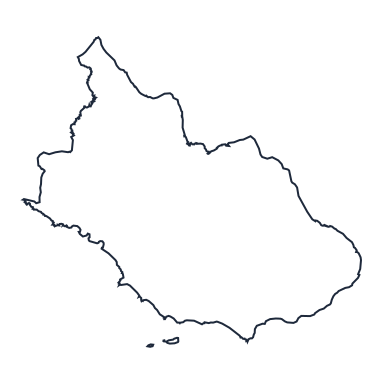 outline of Sumba Timur, Nusa Tenggara Timur, Indonesia
{"feature_id": "22746128B15873256673931", "entity_name": "Sumba Timur", "entity_type": "district", "adm_level": 2, "iso_a3": "IDN", "parent_name": "Indonesia", "parent_adm1": "Nusa Tenggara Timur", "projection": "mercator", "projection_center": [120.165, -9.805], "detail": "fine", "context": "isolated", "style": "outline", "palette": "slate", "viewbox_px": 384, "rotation_deg": 0, "n_neighbors": 0, "source": "geoboundaries", "source_scale": "gbopen_adm2", "svg_char_len": 5849}
<svg xmlns="http://www.w3.org/2000/svg" viewBox="0 0 384 384"><path d="M34.4,201.5L23.3,198.9L23.9,199.1L23.0,199.7L24.7,200.0L24.9,201.2L25.6,201.3L25.9,202.8L25.6,202.8L26.4,203.4L26.0,203.7L26.5,204.4L26.9,203.9L27.4,204.3L28.5,203.1L29.4,203.1L30.0,203.8L29.9,204.8L31.3,206.8L32.9,207.2L32.6,208.8L33.6,208.8L33.8,209.6L36.7,209.6L38.6,211.2L41.0,211.9L41.6,213.0L43.2,213.8L43.3,214.5L43.8,214.4L44.8,215.3L44.9,215.9L46.4,216.1L50.0,218.5L51.3,220.3L52.8,221.1L52.6,221.8L53.7,222.5L52.7,224.2L53.3,224.0L54.5,225.2L53.9,225.5L54.5,226.1L54.8,225.4L55.4,226.0L57.6,225.2L58.8,225.4L58.5,224.9L59.3,225.1L59.7,224.0L61.4,223.8L62.5,224.1L63.1,224.6L62.9,225.2L63.3,224.9L63.6,225.7L65.0,226.3L66.5,225.4L67.0,225.9L66.9,226.9L69.2,227.9L71.4,227.5L71.9,226.5L73.4,225.6L77.3,226.1L79.5,228.0L80.5,229.8L80.0,231.8L78.8,231.9L79.8,233.9L82.9,236.5L86.6,235.5L87.8,233.6L89.5,234.3L89.6,237.3L88.5,238.3L88.8,240.2L89.5,241.1L97.1,243.3L98.5,242.8L98.9,241.8L100.2,241.1L102.4,241.3L103.6,242.9L103.7,244.3L102.9,247.5L101.9,247.7L101.6,248.7L108.5,253.3L115.5,260.1L116.7,262.0L116.9,264.9L119.3,267.0L119.3,268.1L120.7,269.4L121.0,271.0L122.3,272.1L121.9,273.1L122.5,273.2L122.9,274.2L123.5,277.6L120.1,279.5L120.4,280.4L118.7,282.4L119.1,282.5L118.9,283.3L119.5,283.2L119.7,284.0L119.2,285.1L120.1,284.5L120.9,285.0L127.1,284.1L130.0,285.6L137.1,292.6L139.3,295.6L138.8,296.8L139.5,296.4L141.2,298.0L141.2,300.4L140.6,300.8L141.3,300.6L141.5,301.1L142.1,300.5L142.9,301.0L143.4,300.2L146.2,299.8L148.7,301.0L153.4,305.1L154.9,308.0L157.1,310.0L159.8,314.3L164.1,317.1L163.8,317.8L164.7,318.1L164.4,319.1L165.0,319.1L166.3,316.7L168.6,315.9L170.4,316.5L173.7,318.5L177.2,322.6L179.2,322.6L179.8,323.2L180.1,322.7L183.2,322.2L185.0,320.7L186.9,320.3L194.1,320.7L202.0,324.3L203.5,323.2L204.4,323.2L204.6,322.3L208.8,323.1L210.8,322.5L213.2,322.6L216.6,321.6L217.6,321.8L222.2,323.6L229.5,327.8L239.8,335.8L240.5,337.5L241.4,337.2L243.2,338.9L244.6,338.6L244.9,339.2L246.3,339.6L246.3,341.0L247.2,340.6L247.5,341.7L248.6,339.2L250.5,338.3L251.9,338.4L253.1,337.2L253.8,334.5L254.7,332.9L254.9,329.1L256.8,325.8L262.6,323.7L264.8,323.9L265.9,321.2L270.1,319.1L275.9,318.5L280.4,318.7L281.8,319.1L284.9,321.4L287.2,322.4L293.5,322.9L296.6,321.5L298.4,318.1L301.3,315.9L310.1,316.1L314.3,314.5L315.1,313.1L319.5,310.0L323.8,308.6L327.0,305.8L329.9,304.5L330.8,303.4L331.8,299.7L333.4,296.2L335.2,293.9L337.2,292.7L338.7,291.0L345.3,287.9L349.0,287.2L352.1,285.3L352.4,283.6L358.0,277.9L359.4,274.9L358.1,274.2L360.2,269.0L361.0,260.1L360.6,257.3L358.7,253.3L357.4,252.1L356.1,252.0L356.7,250.3L355.0,247.9L353.9,247.3L353.4,245.0L352.0,242.2L346.6,238.0L343.0,233.8L337.5,230.8L335.6,228.9L334.6,228.7L332.1,226.6L330.1,226.0L329.8,226.5L328.3,226.8L326.4,226.2L326.8,226.0L324.3,224.9L323.4,225.7L322.4,225.7L321.2,225.1L319.8,222.8L317.2,220.8L315.5,220.5L315.3,221.2L312.3,219.3L307.2,211.7L298.5,195.9L297.1,187.5L294.9,184.3L292.2,182.6L291.4,181.3L289.1,170.5L287.7,169.4L283.3,168.4L281.7,164.1L278.3,160.4L272.2,157.2L267.3,158.7L262.2,157.0L260.5,154.5L259.0,148.6L254.6,139.5L250.6,136.2L243.3,139.6L239.8,140.0L234.0,142.3L228.8,142.9L227.2,144.6L228.2,144.9L229.0,146.0L226.1,145.7L225.2,144.3L221.9,144.7L221.7,145.4L220.7,145.3L218.4,146.4L217.1,147.6L217.4,147.8L216.8,148.7L213.8,150.5L211.2,151.3L209.2,153.4L208.1,153.9L207.8,153.7L208.9,153.0L209.2,152.2L208.8,151.7L208.2,152.1L206.4,150.9L206.0,149.5L204.7,148.2L204.7,146.5L203.0,144.1L200.5,143.6L197.1,143.8L197.1,143.3L196.1,143.0L195.8,143.6L194.5,143.7L194.2,144.4L192.3,144.3L191.1,142.9L190.2,143.8L189.8,145.6L189.1,145.5L188.8,145.1L189.2,143.6L187.7,144.1L187.0,143.7L188.0,141.9L187.5,141.6L185.9,137.2L185.1,136.3L184.3,136.4L184.2,135.6L184.9,135.4L182.6,127.6L182.8,120.0L182.2,116.2L181.8,116.4L181.7,115.5L182.2,115.1L182.1,111.7L181.4,111.1L179.9,106.4L178.5,104.0L177.6,99.9L173.4,97.9L172.3,94.9L170.1,93.3L164.5,93.7L157.4,97.5L153.8,98.4L152.6,98.3L150.1,97.0L148.1,97.2L146.4,95.8L146.2,96.2L144.8,95.7L141.2,93.8L139.3,92.2L135.9,87.1L135.2,86.5L134.9,86.9L134.6,86.7L133.0,83.8L131.0,82.1L127.1,74.7L126.7,72.6L125.2,72.4L123.6,70.1L120.5,69.5L119.0,68.4L116.6,65.4L114.5,60.4L106.3,52.5L103.5,48.8L101.4,44.9L100.4,39.8L98.3,37.2L97.3,38.0L96.1,38.0L95.4,39.5L94.4,39.8L93.6,41.9L85.5,51.9L82.6,54.4L77.8,57.1L78.8,58.8L79.1,61.0L81.2,65.0L84.2,65.6L84.6,66.3L86.2,66.6L87.5,67.6L89.4,67.4L90.7,68.5L90.3,69.4L90.9,69.7L91.4,71.0L91.1,71.5L91.7,72.0L90.9,73.2L91.3,74.2L90.0,75.4L89.5,77.1L88.7,76.9L88.7,78.6L87.8,79.5L88.4,79.8L88.5,80.4L87.6,80.9L87.0,82.7L87.6,83.0L87.3,83.3L89.8,89.3L92.8,92.6L92.4,95.2L93.0,96.0L94.3,95.6L94.0,96.9L95.6,97.5L94.6,98.0L95.5,98.2L94.8,99.5L93.2,99.0L93.0,100.6L94.0,101.4L93.0,101.8L92.7,102.5L92.1,101.4L91.3,101.8L91.6,104.2L90.7,106.4L89.7,106.3L89.3,105.1L89.0,106.4L87.0,107.5L86.0,107.4L84.9,106.3L84.2,106.4L84.0,108.1L80.9,110.9L80.3,112.2L80.8,115.3L79.7,115.1L79.7,116.2L78.5,117.2L79.3,117.8L79.4,118.5L78.6,118.9L78.0,118.2L76.0,118.9L76.3,120.7L75.4,121.3L75.2,122.3L74.4,122.5L74.6,124.2L72.9,124.1L71.1,125.3L70.6,128.2L71.3,128.7L71.6,130.1L72.3,130.4L72.4,131.4L71.0,132.4L71.9,133.1L72.0,132.5L72.6,132.5L73.6,133.8L73.1,134.7L73.9,135.4L71.2,137.0L72.9,140.1L71.9,150.3L70.2,152.1L69.4,151.7L68.1,152.2L61.9,151.3L55.4,152.3L49.1,154.2L43.7,152.4L39.8,155.0L37.7,158.1L38.4,165.6L39.8,166.3L41.5,169.0L42.3,168.8L44.4,170.3L44.7,171.2L42.7,173.7L41.3,177.5L41.0,184.2L40.2,187.8L40.8,192.3L39.5,197.0L39.6,202.2L36.2,203.2L34.4,201.5ZM178.1,338.0L177.0,337.8L174.2,338.7L173.1,339.6L168.8,340.3L166.1,341.8L167.4,342.9L169.8,343.6L174.6,343.3L177.9,342.1L178.3,341.4L178.1,338.0ZM150.2,346.8L152.6,346.2L153.2,344.7L150.7,344.4L148.4,345.3L147.5,346.3L150.2,346.8ZM164.4,340.3L163.5,340.5L163.4,341.1L164.1,341.5L164.7,341.1L164.4,340.3Z" fill="none" stroke="#1e293b" stroke-width="2"/></svg>